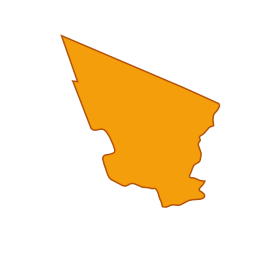 the Province of Amman, rotated 203°
{"feature_id": "JOR-851", "entity_name": "Amman", "entity_type": "Province", "adm_level": 1, "iso_a3": "JOR", "parent_name": "Jordan", "parent_adm1": "", "projection": "robinson", "projection_center": [36.094, 31.647], "detail": "fine", "context": "isolated", "style": "filled", "palette": "amber", "viewbox_px": 256, "rotation_deg": 203, "n_neighbors": 0, "source": "natural_earth", "source_scale": "10m", "svg_char_len": 1318}
<svg xmlns="http://www.w3.org/2000/svg" viewBox="0 0 256 256"><g transform="rotate(203 128 128)"><path d="M197.3,149.6L192.5,151.0L208.8,168.9L225.1,186.8L225.3,187.0L91.7,186.8L54.0,185.9L52.7,184.8L52.3,183.0L52.6,180.1L53.1,178.0L54.1,175.1L54.3,173.8L54.0,171.8L53.1,169.0L50.1,163.6L51.5,162.3L52.2,161.7L53.2,160.7L53.7,159.7L55.8,153.0L56.7,151.4L58.4,148.9L58.8,147.9L58.5,147.0L57.6,146.1L56.8,145.1L56.7,144.0L57.1,142.9L57.2,141.5L56.5,139.6L51.1,133.7L50.1,131.4L49.2,127.6L49.0,126.1L49.2,124.8L49.8,123.7L51.9,121.1L52.7,119.7L52.9,118.4L52.7,107.7L51.8,106.8L50.9,106.7L49.4,107.3L47.5,107.8L41.2,107.8L36.5,109.1L36.7,106.4L37.0,104.9L38.6,100.3L38.4,99.1L37.7,98.3L34.8,97.8L33.2,97.3L31.8,96.6L31.0,95.6L30.7,94.2L31.6,92.6L33.4,90.9L40.7,87.1L43.8,84.9L49.4,78.1L51.3,76.6L56.0,75.1L58.0,74.0L61.8,70.2L65.5,69.0L68.4,72.8L71.4,75.6L75.6,80.7L78.0,82.5L79.6,83.0L82.0,81.6L83.6,81.3L85.6,81.1L91.7,79.1L99.7,79.2L102.3,78.7L103.9,77.7L106.3,74.8L107.7,73.5L110.4,72.9L123.6,74.0L126.2,75.2L128.7,77.4L135.8,85.3L139.4,90.0L139.6,92.3L138.5,94.1L135.0,96.3L132.2,98.6L131.2,100.0L131.1,101.3L131.8,103.0L135.2,106.8L140.8,112.1L146.2,115.9L149.1,117.0L151.5,116.9L157.4,113.2L159.5,112.6L161.8,113.2L196.8,149.3L197.2,149.5L197.3,149.6Z" fill="#f59e0b" stroke="#b45309" stroke-width="1.5"/></g></svg>